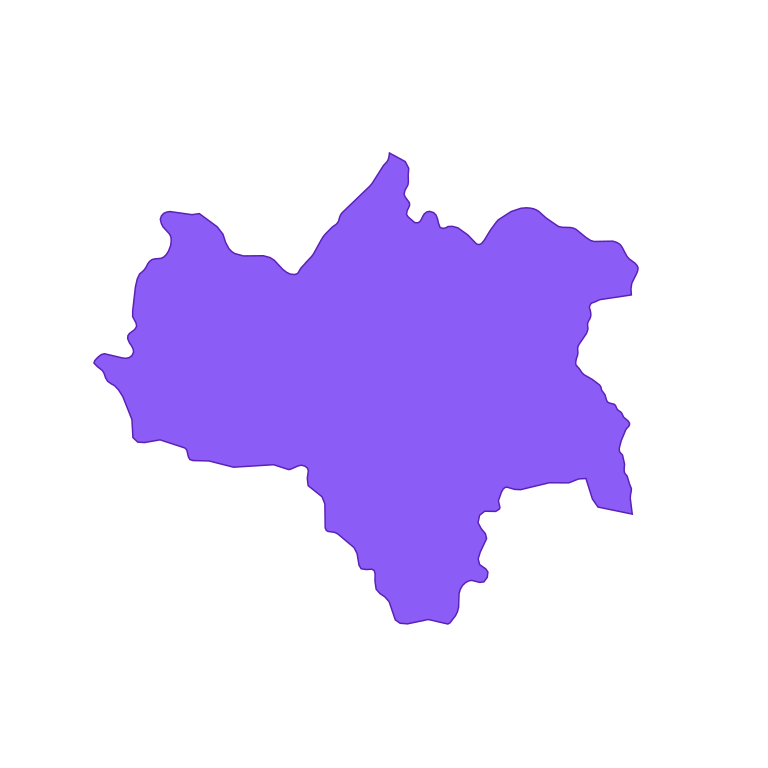 map outline of Saône-et-Loire (Mercator projection), rotated 201°
{"feature_id": "FRA-5339", "entity_name": "Saône-et-Loire", "entity_type": "Metropolitan department", "adm_level": 1, "iso_a3": "FRA", "parent_name": "France", "parent_adm1": "", "projection": "mercator", "projection_center": [4.488, 46.664], "detail": "fine", "context": "isolated", "style": "filled", "palette": "violet", "viewbox_px": 768, "rotation_deg": 201, "n_neighbors": 0, "source": "natural_earth", "source_scale": "10m", "svg_char_len": 4347}
<svg xmlns="http://www.w3.org/2000/svg" viewBox="0 0 768 768"><g transform="rotate(201 384 384)"><path d="M161.6,368.1L168.3,365.1L176.1,357.9L194.4,351.0L218.6,334.3L224.3,332.4L231.9,331.8L233.8,330.9L235.1,328.6L235.6,325.2L235.4,316.9L235.2,315.8L231.5,310.2L231.4,308.7L234.0,305.1L244.4,301.3L247.7,295.7L246.5,288.2L241.4,283.8L235.7,280.6L232.8,276.4L233.9,261.5L233.4,254.5L230.0,249.7L222.6,247.8L219.6,245.7L218.3,240.5L219.8,235.1L223.4,233.1L231.8,232.1L234.5,230.4L236.8,227.6L238.5,224.0L239.2,219.7L238.8,215.1L234.4,202.5L233.8,197.7L234.2,193.3L236.8,184.7L238.4,182.8L258.3,180.0L276.1,168.5L283.2,166.4L288.9,167.8L301.2,182.6L307.0,185.6L312.7,186.9L317.8,189.6L321.8,196.8L324.2,203.4L326.4,206.5L329.4,206.6L334.1,204.4L339.1,203.3L342.4,205.9L348.4,216.1L353.3,220.5L373.2,227.4L377.0,227.8L383.4,226.3L385.4,226.7L387.3,228.5L396.2,250.8L401.4,256.5L418.4,261.9L421.8,268.4L423.5,275.7L425.1,277.9L428.2,279.0L432.0,278.6L434.8,276.8L440.4,271.2L441.6,270.3L442.7,269.9L458.1,269.1L494.7,252.4L520.0,249.4L534.8,244.1L538.1,243.9L540.3,245.6L544.5,251.7L547.0,252.9L573.1,251.6L586.6,243.5L593.1,241.5L599.2,244.0L606.6,260.5L623.4,278.7L629.8,283.4L635.0,285.9L638.7,286.4L643.0,287.5L646.3,290.1L649.1,293.6L651.7,295.6L658.0,297.6L662.3,299.6L662.4,302.0L661.5,304.6L660.2,307.4L658.4,310.2L655.8,312.1L637.3,314.6L633.9,315.6L631.2,317.5L629.5,320.2L629.2,324.1L630.8,326.8L633.3,329.1L636.4,331.2L639.5,334.4L640.4,337.2L639.8,339.9L636.3,345.4L635.6,349.1L637.2,351.9L642.8,356.8L644.8,362.1L650.9,385.7L652.0,393.7L651.6,399.2L650.0,402.0L648.7,404.8L648.0,407.9L647.6,411.7L646.7,414.6L645.1,417.1L642.6,418.8L637.2,421.4L635.1,423.6L633.6,426.9L632.8,430.9L632.8,436.7L633.8,440.9L635.3,444.4L636.8,446.1L638.3,447.3L646.6,451.5L649.3,453.9L651.9,457.7L652.0,461.2L650.8,464.4L648.4,466.7L645.6,468.3L623.9,473.3L617.5,476.9L596.1,471.0L588.0,466.1L582.6,459.4L577.3,454.8L573.7,453.1L570.3,452.3L561.1,453.2L542.6,460.5L535.7,461.2L530.8,460.2L519.5,454.7L515.0,453.4L511.0,453.0L506.9,454.1L505.1,455.3L504.2,456.5L504.0,457.0L503.4,461.1L503.0,462.8L501.1,467.5L500.5,469.3L497.3,477.1L496.8,478.8L496.4,480.5L494.3,495.7L493.6,499.6L492.5,503.0L488.5,512.1L485.9,515.9L485.3,517.4L484.9,519.0L484.9,520.7L485.2,523.9L485.2,525.5L485.0,527.2L484.5,528.8L468.0,564.0L467.0,567.0L462.8,587.8L460.9,592.6L460.5,594.5L460.7,596.9L460.9,598.4L461.7,601.6L443.9,599.3L438.2,594.2L436.3,587.8L433.6,581.3L433.0,578.4L433.8,572.2L433.3,568.4L431.2,566.2L425.2,562.3L424.1,559.9L424.2,557.0L424.5,554.1L423.8,550.5L421.4,548.7L413.2,545.7L410.2,546.6L408.6,548.6L408.1,551.4L407.9,554.4L407.4,557.1L406.0,559.7L403.4,561.5L399.1,561.8L395.9,560.3L393.1,557.2L391.0,554.0L387.8,550.3L385.1,550.3L382.6,551.6L380.6,554.0L376.6,555.7L371.0,556.3L359.2,553.2L347.8,547.9L345.2,548.2L343.5,549.8L342.5,552.3L341.8,554.8L339.9,565.4L337.4,574.7L336.1,578.3L327.1,590.6L319.2,597.1L314.3,599.5L310.6,600.6L307.2,601.2L304.3,601.1L301.6,600.7L292.2,597.1L277.7,593.6L274.0,594.1L266.1,596.9L262.9,597.4L260.1,597.2L247.7,593.1L242.3,592.0L238.8,592.4L221.5,599.4L216.9,599.6L213.4,598.8L210.8,597.1L203.0,590.3L200.0,588.7L192.9,586.7L190.2,585.3L188.4,583.4L187.8,580.9L187.7,578.1L188.7,567.6L188.7,566.9L188.6,566.1L187.6,561.5L185.0,555.8L212.9,540.0L215.9,536.8L219.4,533.7L219.7,532.5L219.9,531.1L219.9,529.8L219.5,528.8L218.9,528.0L218.0,526.9L216.9,525.2L216.1,523.7L215.5,522.2L215.2,520.6L215.2,518.6L215.6,516.1L215.7,514.1L215.3,512.5L214.7,511.2L214.0,510.0L213.4,508.7L213.1,506.5L213.1,503.6L216.0,491.4L216.3,489.3L216.2,487.3L215.4,485.3L214.7,483.8L214.0,482.2L213.6,480.1L213.5,477.1L213.0,473.7L212.4,471.9L211.7,470.7L210.9,470.2L206.9,468.1L203.3,465.5L200.3,464.3L191.1,462.9L182.5,460.4L181.2,459.6L180.2,458.7L179.0,456.7L178.4,456.1L173.9,453.2L170.6,448.9L169.3,447.6L167.9,447.1L166.3,447.1L161.8,447.6L160.4,447.0L159.4,446.2L158.4,445.0L157.4,444.1L156.0,443.4L152.8,442.7L151.5,441.9L148.8,439.3L148.1,438.8L143.1,437.1L140.8,435.5L140.2,433.9L140.3,432.3L141.6,429.2L141.9,427.4L142.2,416.0L141.4,408.6L140.5,406.3L139.4,404.9L135.8,403.1L130.7,395.4L129.2,390.3L128.0,387.8L126.5,386.5L125.0,385.8L123.8,384.9L120.3,380.4L119.5,379.2L115.6,375.1L114.9,373.0L114.0,368.3L113.1,365.5L105.6,351.5L140.1,345.8L148.2,351.3L161.6,368.1Z" fill="#8b5cf6" stroke="#5b21b6" stroke-width="1.5"/></g></svg>